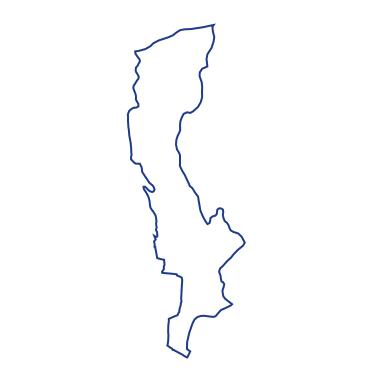 outline of Jayyl, Chuy, Kyrgyzstan, rotated 168°
{"feature_id": "92254566B24091049368111", "entity_name": "Jayyl", "entity_type": "district", "adm_level": 2, "iso_a3": "KGZ", "parent_name": "Kyrgyzstan", "parent_adm1": "Chuy", "projection": "orthographic", "projection_center": [73.886, 42.775], "detail": "fine", "context": "isolated", "style": "outline", "palette": "blue", "viewbox_px": 384, "rotation_deg": 168, "n_neighbors": 0, "source": "geoboundaries", "source_scale": "gbopen_adm2", "svg_char_len": 3450}
<svg xmlns="http://www.w3.org/2000/svg" viewBox="0 0 384 384"><g transform="rotate(168 192 192)"><path d="M218.4,341.3L218.5,338.9L217.5,336.4L215.7,332.5L215.8,330.6L217.6,328.6L219.1,326.7L220.9,325.4L221.8,322.9L221.8,321.2L220.9,318.8L220.1,316.0L220.9,313.8L222.5,312.6L224.9,310.1L227.2,307.7L227.8,305.6L227.3,302.2L226.9,299.5L226.9,297.4L227.6,294.1L227.2,292.4L226.2,289.5L226.5,287.1L227.4,286.5L229.0,286.2L231.8,286.5L234.7,285.5L236.7,284.2L238.6,281.2L239.0,278.4L239.8,275.0L240.7,268.9L240.9,265.5L241.6,260.1L241.8,253.0L242.4,247.3L242.9,244.9L243.4,241.0L244.4,238.6L244.8,236.7L243.9,235.1L242.4,232.7L241.1,231.4L237.1,230.5L236.2,226.8L236.3,223.6L236.6,222.2L234.7,217.1L233.4,214.1L232.0,210.3L230.6,208.3L229.0,206.4L228.4,204.4L228.1,202.2L229.3,200.6L231.0,200.3L233.2,201.6L234.6,203.6L236.7,206.9L238.3,207.2L238.6,206.1L238.2,204.1L237.4,202.2L236.8,200.5L235.9,197.5L235.6,196.0L235.4,192.3L235.8,188.1L235.9,185.4L235.0,182.9L234.1,181.1L233.6,179.7L232.6,176.9L232.5,174.5L232.8,170.9L233.7,168.5L233.9,166.6L233.9,164.7L235.0,162.7L235.1,162.0L234.5,160.2L234.8,157.4L235.3,155.6L236.4,155.5L237.0,155.9L238.0,156.9L237.4,153.1L239.4,151.5L239.4,148.3L240.1,146.2L239.3,145.8L239.6,144.8L239.5,142.1L239.6,139.9L239.7,136.8L239.8,134.7L239.5,134.4L236.4,132.8L233.4,131.5L233.9,127.2L234.2,126.2L235.1,124.9L235.6,122.3L237.9,120.2L238.0,119.2L234.5,118.0L228.8,116.3L224.1,114.7L224.1,113.6L220.3,110.9L219.8,110.1L219.9,107.8L220.8,104.6L221.5,102.1L222.0,100.3L222.8,97.4L223.5,94.6L224.7,90.2L225.0,87.8L225.3,86.4L225.9,85.8L226.9,83.0L227.8,81.5L228.7,79.6L229.4,77.4L230.3,76.5L231.9,74.4L233.9,74.2L241.1,72.7L241.5,70.5L242.5,67.7L243.2,65.3L244.4,60.2L244.9,56.5L246.2,51.6L246.8,49.7L248.0,46.9L246.5,45.3L245.1,43.8L244.1,42.9L243.7,41.6L242.7,41.4L242.7,41.2L238.8,37.9L235.3,35.0L234.8,34.4L233.2,32.8L231.3,31.2L231.0,31.2L228.8,34.0L226.9,36.4L229.6,39.5L227.9,46.4L226.7,48.9L224.1,54.6L222.1,57.9L220.2,61.1L218.4,63.9L216.1,66.7L214.5,67.6L212.8,68.5L209.5,68.9L206.2,68.5L199.9,66.3L196.6,65.3L194.4,65.8L192.6,67.3L188.3,70.5L184.8,71.2L177.7,72.9L176.1,73.9L181.8,80.7L183.0,83.4L183.0,86.2L182.7,89.3L180.7,92.7L179.6,95.2L180.5,97.4L181.7,98.2L181.8,100.5L181.5,104.3L182.1,108.3L180.5,111.3L177.4,113.1L171.7,117.3L167.6,119.6L164.2,122.5L159.1,125.9L153.2,128.9L150.9,131.5L151.8,134.6L152.7,137.9L155.4,141.8L158.1,143.4L159.6,144.1L162.1,146.4L162.8,148.9L163.2,151.9L164.2,154.6L166.0,156.7L166.6,159.8L166.6,163.2L165.6,165.9L165.4,168.4L167.3,170.1L169.3,170.3L171.0,169.3L171.7,167.1L172.4,165.3L174.0,164.0L176.7,163.9L179.4,162.7L179.9,160.8L181.3,158.0L183.5,157.4L184.9,160.6L186.6,166.5L187.6,171.9L187.6,174.6L187.4,177.9L187.3,182.1L187.0,186.1L189.1,190.7L190.8,195.6L192.9,198.3L193.6,202.0L194.5,205.5L195.4,209.7L197.4,215.6L198.4,219.9L197.7,222.9L196.6,228.0L196.1,230.4L196.6,233.4L197.8,236.7L197.8,241.7L196.5,246.1L194.3,250.0L192.3,252.4L190.7,255.0L189.8,259.8L188.8,263.2L186.8,266.6L184.0,270.1L180.4,271.0L177.2,269.7L174.1,270.7L168.4,274.0L164.7,278.1L162.4,282.6L161.3,288.2L160.2,292.5L159.7,297.2L160.5,303.8L159.5,307.4L156.5,310.4L150.9,311.6L150.1,319.2L148.2,323.6L142.9,328.9L139.5,334.9L138.0,338.9L138.2,344.7L137.7,349.2L136.0,350.9L147.0,350.9L159.0,351.6L165.9,352.7L169.8,352.8L174.0,351.3L178.2,349.2L183.3,348.2L192.8,347.2L198.7,345.6L202.6,343.2L207.8,341.5L214.6,341.1L218.4,341.3Z" fill="none" stroke="#1e3a8a" stroke-width="2"/></g></svg>